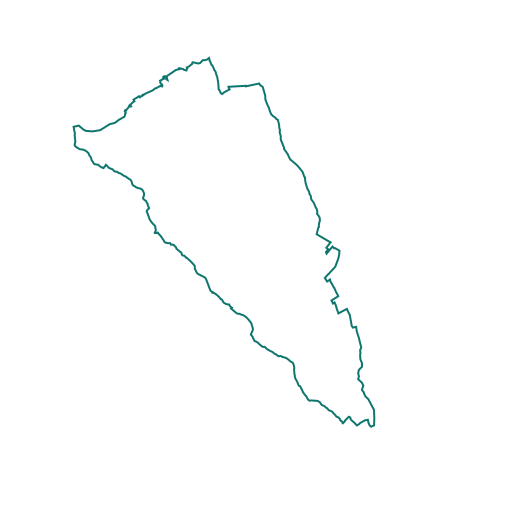 the district of Balilesti, Arges, Romania, rotated 328°
{"feature_id": "2599482B12709489065851", "entity_name": "Balilesti", "entity_type": "district", "adm_level": 2, "iso_a3": "ROU", "parent_name": "Romania", "parent_adm1": "Arges", "projection": "mercator", "projection_center": [24.936, 45.06], "detail": "fine", "context": "isolated", "style": "outline", "palette": "teal", "viewbox_px": 512, "rotation_deg": 328, "n_neighbors": 0, "source": "geoboundaries", "source_scale": "gbopen_adm2", "svg_char_len": 6006}
<svg xmlns="http://www.w3.org/2000/svg" viewBox="0 0 512 512"><g transform="rotate(328 256 256)"><path d="M266.4,462.2L270.4,456.2L274.5,449.1L275.4,436.8L274.4,433.2L274.7,430.1L275.2,428.7L275.0,427.6L274.9,425.6L278.4,422.7L278.7,419.9L277.4,414.6L279.5,412.6L280.5,409.6L282.9,407.1L287.0,406.2L287.5,405.7L287.7,405.0L288.4,404.2L289.0,403.3L289.8,398.9L292.1,394.7L292.8,394.2L294.5,390.9L296.7,389.5L300.0,379.4L301.5,373.3L303.4,369.2L302.1,368.6L300.3,368.2L300.1,366.1L304.3,355.7L304.5,352.6L305.0,349.0L295.5,348.4L296.5,343.7L297.5,340.4L298.0,337.0L296.1,337.1L296.5,333.7L304.4,333.7L304.6,333.0L304.8,328.9L305.5,324.4L305.3,324.1L305.6,319.6L305.5,317.5L305.8,316.5L306.3,315.2L302.8,315.3L302.8,311.1L307.2,309.8L308.3,309.8L309.1,309.4L316.9,307.3L318.1,306.7L325.0,301.3L328.2,297.8L328.4,297.2L329.6,295.8L327.2,291.2L326.9,290.9L326.3,290.8L325.9,288.5L317.1,291.4L317.4,289.8L320.8,288.6L320.0,286.3L326.5,283.9L325.0,281.3L319.0,269.7L323.2,265.6L324.1,264.9L324.8,264.7L325.5,263.3L327.4,261.1L328.9,259.9L330.3,257.3L330.4,254.9L330.1,252.5L331.3,251.3L332.4,248.5L332.4,246.0L332.9,243.6L333.2,241.0L332.9,237.6L333.2,236.1L334.0,234.9L334.2,234.2L334.3,232.9L334.2,232.0L335.0,229.9L335.0,228.9L335.3,227.6L335.1,226.5L335.5,225.3L336.0,223.1L336.6,220.9L337.5,218.6L338.0,217.6L338.4,216.5L339.2,215.5L339.0,214.1L340.0,209.9L339.9,207.6L339.0,201.0L336.2,192.2L336.5,188.6L336.9,186.6L336.7,185.2L336.8,183.8L336.5,180.2L337.3,178.8L337.7,175.5L338.1,174.8L338.1,173.5L338.4,172.6L338.4,171.5L338.5,171.4L338.9,169.9L340.6,167.5L340.6,166.9L341.3,165.0L341.5,164.0L341.8,163.3L342.6,162.5L343.2,161.5L343.6,159.7L345.0,157.3L346.3,153.3L346.7,152.3L345.8,150.4L345.7,148.9L344.5,146.1L344.0,143.8L344.6,140.1L345.5,137.0L345.7,134.2L346.9,128.2L348.7,125.1L349.1,123.9L351.2,116.5L351.0,115.4L350.0,113.1L350.1,111.4L337.4,106.8L337.6,106.3L322.3,97.9L322.0,98.8L321.9,100.7L316.0,100.3L313.1,100.7L312.4,99.1L312.8,97.2L312.9,95.8L312.6,95.0L315.9,88.8L317.9,83.8L318.4,81.4L319.4,78.1L319.2,75.7L319.7,73.8L319.9,71.9L319.6,69.7L320.1,67.5L320.1,65.8L320.6,65.2L321.1,63.2L318.5,63.5L316.2,62.7L314.6,61.7L311.2,62.7L310.4,62.6L309.4,62.3L308.2,61.4L305.1,58.2L304.7,58.2L303.3,59.4L301.7,59.4L300.3,59.7L298.6,59.6L297.8,59.8L297.2,59.5L297.0,60.0L297.1,60.3L297.0,60.6L296.4,60.8L295.3,61.8L293.6,59.9L293.5,59.4L293.0,58.6L290.3,55.9L289.8,56.1L290.0,56.9L286.6,55.8L275.7,56.2L274.9,57.4L274.2,59.8L274.0,59.4L274.2,58.3L274.6,57.4L274.4,56.4L274.5,55.7L274.0,55.5L273.6,55.0L272.3,54.9L272.1,55.2L272.5,56.5L272.4,57.0L271.6,56.3L271.4,56.3L271.3,56.7L267.5,56.5L267.5,57.2L266.6,58.3L266.9,59.9L267.1,60.4L267.1,61.5L266.9,62.0L266.5,62.2L266.5,61.8L265.7,61.7L265.8,61.1L260.0,60.8L259.3,60.4L256.1,60.8L248.4,59.7L244.9,59.9L245.1,59.4L241.6,59.9L241.5,58.5L238.4,58.6L235.0,58.5L234.9,60.3L233.2,60.3L230.8,60.9L228.4,61.2L228.4,61.6L229.4,61.6L229.4,62.9L227.3,62.1L223.4,63.5L222.7,63.3L222.5,63.0L222.1,63.2L222.1,64.0L221.4,64.0L221.3,65.8L220.2,66.2L219.7,67.1L217.9,68.2L216.8,68.0L213.3,68.0L212.5,67.8L206.6,68.3L202.1,66.7L190.5,66.7L183.4,63.7L178.1,59.8L176.7,57.5L174.8,51.5L169.8,49.8L168.2,53.7L167.6,55.6L167.2,56.4L166.2,57.5L163.4,63.3L161.2,65.4L160.8,66.6L161.2,68.2L163.1,72.0L166.0,74.4L167.5,76.8L168.4,79.8L168.0,82.6L168.2,84.4L168.0,85.8L167.3,87.9L167.6,89.5L167.4,90.6L167.6,92.3L169.0,93.8L170.4,94.8L171.0,96.6L171.9,98.8L173.3,100.7L174.4,100.1L175.5,100.0L176.9,99.1L177.5,100.4L177.8,102.6L178.1,103.6L180.2,106.4L180.4,106.9L180.6,108.6L180.9,109.2L181.7,110.2L183.0,111.1L183.4,112.6L184.8,114.2L186.6,118.2L187.4,119.2L188.0,120.3L188.3,121.5L190.0,124.9L190.0,126.6L189.0,130.1L189.6,132.0L189.9,132.1L190.8,134.3L191.9,135.8L193.4,137.2L194.5,138.9L194.7,140.9L194.2,143.7L193.2,145.2L190.9,146.9L190.7,147.4L191.0,149.0L191.9,151.1L191.6,153.3L191.8,154.2L191.1,155.7L190.7,158.8L189.3,159.2L188.4,159.2L186.9,160.3L186.7,161.8L185.2,168.8L185.4,172.5L185.8,174.8L186.3,176.6L186.3,177.5L185.5,178.8L185.1,180.3L184.4,181.5L182.6,182.5L182.4,182.8L184.0,184.0L185.1,184.1L185.2,185.6L185.8,188.6L186.0,193.4L185.9,195.4L186.0,196.3L187.8,198.2L190.0,199.6L189.9,201.4L191.5,202.3L192.3,203.4L192.2,204.3L192.8,206.1L192.4,207.7L194.1,212.8L194.4,213.4L194.4,214.2L193.9,215.1L193.9,216.0L194.2,216.8L195.4,217.8L195.4,218.4L195.9,219.8L195.8,220.4L196.3,220.8L197.6,225.4L198.4,229.0L198.8,231.9L197.4,234.5L196.9,238.7L197.3,240.5L201.3,247.1L201.4,249.2L199.0,261.3L200.3,264.1L199.8,264.2L201.3,266.0L202.3,268.6L203.1,271.9L203.2,273.7L204.1,275.1L203.8,277.6L204.1,279.1L204.8,280.0L205.0,280.6L206.1,281.9L207.6,282.9L207.3,284.5L207.9,286.6L208.2,287.1L207.0,287.4L209.3,294.4L210.3,295.6L210.7,295.8L211.5,296.4L212.3,297.8L213.5,298.9L215.1,302.3L215.7,304.4L216.4,309.9L216.0,312.0L214.8,316.1L214.3,316.9L210.0,319.9L210.3,322.6L209.7,327.2L211.6,330.2L212.2,332.9L213.5,336.6L215.2,337.6L215.4,337.9L215.6,339.4L216.0,340.8L217.7,344.0L219.1,346.1L219.9,348.6L220.2,349.2L220.9,350.0L221.1,350.9L222.0,353.0L223.5,353.6L224.6,354.7L224.9,355.8L225.5,356.1L227.6,358.6L228.7,361.3L229.3,363.5L230.6,365.9L230.4,367.9L229.9,369.5L229.1,371.4L228.3,372.2L226.1,376.3L225.7,377.6L224.8,379.3L224.4,381.3L224.4,383.1L224.1,385.9L223.6,387.5L223.7,388.9L224.3,389.6L224.4,390.7L224.1,392.2L224.2,393.6L224.0,394.7L223.8,395.2L223.7,397.0L223.9,399.7L224.1,400.5L224.3,402.2L224.1,403.1L224.1,405.0L224.3,406.3L224.6,406.9L225.0,407.3L226.5,407.8L228.2,409.2L231.2,411.3L232.0,412.4L232.8,414.4L232.6,415.9L232.9,417.3L234.5,419.7L234.9,421.4L235.5,422.4L236.0,425.3L238.0,428.1L238.2,428.9L238.5,431.1L238.9,432.6L238.9,433.5L239.1,434.4L239.1,435.0L240.0,435.9L240.6,437.2L240.5,437.8L240.8,438.4L240.7,439.1L240.4,440.3L241.3,442.0L240.9,443.5L241.0,443.9L243.7,443.3L244.5,442.7L249.5,441.5L250.4,442.9L249.9,444.1L249.8,445.0L250.0,446.0L251.1,449.7L251.8,453.2L254.5,453.2L255.9,452.8L261.3,453.1L264.1,454.2L263.1,456.7L262.6,459.8L263.2,461.8L266.4,462.2Z" fill="none" stroke="#0f766e" stroke-width="2"/></g></svg>